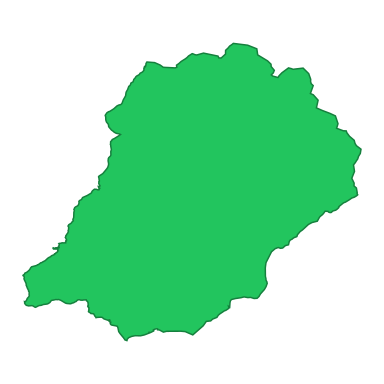 outline of Poienile De Sub Munte, Maramures, Romania
{"feature_id": "2599482B77495367357809", "entity_name": "Poienile De Sub Munte", "entity_type": "district", "adm_level": 2, "iso_a3": "ROU", "parent_name": "Romania", "parent_adm1": "Maramures", "projection": "natural_earth1", "projection_center": [24.455, 47.867], "detail": "fine", "context": "isolated", "style": "filled", "palette": "green", "viewbox_px": 384, "rotation_deg": 0, "n_neighbors": 0, "source": "geoboundaries", "source_scale": "gbopen_adm2", "svg_char_len": 5816}
<svg xmlns="http://www.w3.org/2000/svg" viewBox="0 0 384 384"><path d="M41.3,305.3L43.4,304.5L47.2,304.0L48.2,303.6L49.9,302.5L51.0,300.9L51.9,300.3L53.4,300.1L56.0,299.5L57.1,299.7L58.7,299.5L60.8,300.3L65.5,303.1L66.9,303.5L70.3,303.8L71.8,303.4L72.3,303.0L73.6,302.8L75.0,301.9L76.1,301.5L77.2,300.3L78.2,299.8L79.4,299.7L80.5,300.1L82.3,300.2L83.4,300.0L86.2,299.8L86.5,300.8L87.2,301.2L88.0,302.4L88.2,305.6L87.9,305.8L88.0,306.1L87.8,306.6L88.9,307.8L88.8,310.5L88.5,311.2L88.5,311.7L88.7,311.9L90.6,313.1L90.8,313.5L93.5,313.8L93.9,314.2L94.8,316.0L95.7,317.0L96.0,317.7L97.2,317.4L100.3,317.2L101.9,317.3L102.5,317.6L103.6,318.7L104.8,319.2L108.1,320.3L108.5,320.3L109.0,319.9L109.3,319.8L109.9,320.2L109.1,321.0L109.1,321.3L109.8,321.8L110.7,322.1L110.7,322.5L110.2,323.1L110.3,323.5L110.4,323.9L110.8,324.4L110.9,324.6L111.8,325.1L116.0,325.9L117.3,326.3L117.9,327.6L118.7,331.6L120.0,333.5L123.0,337.2L123.4,337.5L124.1,338.7L124.6,339.2L124.8,339.8L126.8,340.6L127.0,340.6L127.0,339.8L127.3,339.2L128.6,337.7L131.7,336.4L135.1,335.7L140.5,335.8L144.4,334.9L149.4,333.0L148.5,332.0L150.0,332.6L150.8,332.4L153.6,331.0L153.8,330.8L153.7,330.5L153.3,330.0L153.6,329.7L155.1,329.1L157.2,328.7L157.8,329.1L157.7,329.8L159.3,329.9L163.4,332.1L166.6,331.3L180.7,331.2L185.2,331.6L192.8,334.9L203.2,325.8L206.3,321.4L210.7,320.9L212.6,319.1L216.9,317.4L218.3,315.2L219.7,314.0L224.9,310.5L225.6,310.5L228.9,308.3L228.9,308.0L228.5,306.3L229.7,307.1L230.0,302.6L230.5,300.7L231.5,299.5L235.6,298.5L241.0,297.7L244.1,296.9L247.8,297.6L250.6,297.4L254.1,298.5L257.1,298.3L259.0,296.5L260.4,294.0L264.4,289.5L266.0,286.7L267.2,283.4L266.8,281.5L266.2,280.7L266.0,280.0L265.9,278.5L265.4,276.3L265.3,268.0L265.5,266.2L266.0,262.6L271.5,251.8L275.1,248.7L278.2,247.5L280.5,248.3L282.7,248.0L285.4,245.6L288.5,244.8L289.2,241.7L289.7,240.8L290.3,240.0L292.2,239.1L292.9,238.4L294.3,237.5L296.7,236.7L297.0,236.3L297.4,234.8L300.1,231.6L302.4,230.0L308.5,224.4L312.1,222.5L317.3,221.2L319.4,217.4L320.1,216.5L322.4,214.7L323.5,213.5L325.1,211.2L328.1,211.4L328.4,211.9L328.8,212.2L330.1,212.6L331.4,212.4L332.1,211.6L333.1,210.9L335.7,210.2L337.1,209.2L338.6,207.8L338.9,207.3L338.9,206.6L343.6,202.8L345.5,202.1L349.3,199.8L351.7,198.1L354.5,197.1L356.6,195.8L357.7,194.8L357.4,194.4L357.0,193.0L357.2,192.6L356.4,188.0L354.0,185.9L354.1,183.1L351.8,178.3L354.5,171.4L353.5,164.9L355.4,162.5L356.2,161.1L357.7,159.0L358.5,156.4L360.3,153.5L361.0,149.2L356.4,145.7L355.0,143.4L354.2,140.3L349.5,136.3L346.9,132.8L346.2,130.9L343.4,130.8L336.6,128.3L338.0,123.7L335.4,115.9L330.0,113.4L322.6,110.6L316.4,107.9L318.1,100.2L313.3,94.8L310.4,93.5L313.2,85.6L311.2,83.7L310.6,81.5L310.7,79.3L308.7,73.6L303.1,68.1L293.0,69.3L291.6,68.7L288.5,67.9L281.9,72.8L279.1,75.7L278.0,77.5L272.5,76.0L271.3,74.9L273.3,72.9L274.3,70.3L271.2,66.6L271.0,64.2L267.6,60.9L257.7,54.9L256.8,48.8L247.7,45.2L233.3,43.4L232.0,44.5L229.6,46.1L228.0,48.1L225.6,50.3L225.5,54.1L221.2,58.0L218.8,57.9L218.0,56.1L203.5,53.1L196.7,55.0L195.0,54.7L192.6,53.7L192.1,53.7L188.5,56.0L187.1,57.5L185.4,58.8L181.1,61.5L178.8,63.6L176.5,65.2L176.8,67.3L175.2,67.9L163.3,67.3L160.1,65.0L154.6,62.6L146.9,62.0L146.0,63.5L145.9,65.1L145.4,65.7L145.6,66.3L145.0,67.0L144.8,66.6L144.6,66.6L144.5,67.6L144.3,68.0L144.1,67.8L143.8,68.9L144.0,69.9L143.9,70.3L142.5,72.0L140.0,73.3L139.6,74.1L138.8,74.9L136.7,76.0L135.9,76.7L135.2,77.9L133.8,79.4L133.1,81.8L130.9,83.1L130.6,84.2L130.0,85.5L129.3,86.1L128.8,86.3L127.6,89.6L126.4,91.6L126.0,92.8L125.6,95.8L123.3,99.8L122.0,103.4L120.8,104.6L118.9,105.0L117.0,105.9L113.8,108.8L109.9,111.3L108.6,111.7L107.0,112.7L105.4,115.0L105.2,115.6L105.7,116.8L105.8,119.9L106.4,121.9L108.4,124.4L108.4,125.0L108.6,125.5L108.6,126.4L108.8,126.9L111.5,130.1L112.7,130.9L114.2,132.2L116.2,133.3L119.3,133.9L120.5,134.5L119.2,135.5L114.4,138.5L112.3,139.5L112.0,139.9L111.7,140.7L111.0,141.2L110.6,141.8L110.6,143.3L110.4,144.5L110.7,145.1L110.8,146.5L111.4,149.6L110.8,151.5L110.9,155.0L110.4,156.1L108.8,157.6L108.3,158.6L108.1,160.8L108.6,163.8L108.5,164.9L108.0,166.7L107.2,168.3L102.8,173.6L99.0,176.1L98.6,176.6L98.6,177.0L99.0,178.5L99.1,179.8L99.4,180.9L98.9,181.4L98.8,183.7L100.0,185.8L99.9,186.1L99.2,186.5L98.3,186.4L98.8,188.0L99.7,188.3L99.1,189.1L99.1,189.7L98.0,189.9L96.4,189.3L94.4,189.2L92.4,190.9L91.8,191.9L91.6,192.6L90.9,193.3L87.2,195.5L82.7,197.5L82.2,198.2L81.8,199.1L80.9,199.9L79.6,200.5L78.9,201.3L79.0,202.9L78.7,204.2L77.9,205.6L77.5,205.9L75.4,207.0L74.6,207.8L74.3,208.8L73.9,209.3L74.4,210.9L73.9,212.0L73.7,217.4L73.4,218.3L72.9,219.3L73.3,220.8L72.4,221.5L71.3,223.1L68.8,224.7L68.1,225.9L68.3,226.1L68.2,226.6L68.6,227.0L68.7,227.6L68.4,230.1L68.1,230.6L68.3,231.8L67.7,233.1L66.6,234.5L66.4,235.2L65.9,235.5L65.8,236.4L65.3,237.5L65.8,238.2L66.6,239.8L66.6,240.0L65.9,240.5L66.1,241.3L65.6,241.8L65.7,242.8L63.4,242.9L62.0,242.8L61.2,243.2L59.1,243.4L58.8,243.7L59.3,244.1L59.2,245.4L58.4,246.4L58.6,246.9L59.1,247.2L59.1,247.6L55.9,247.8L56.1,248.2L55.8,248.4L54.0,248.2L53.2,247.8L53.0,248.1L53.8,248.6L53.7,249.0L57.9,249.1L57.8,250.0L58.1,250.2L57.7,250.7L57.8,251.4L57.4,251.6L57.0,252.4L56.0,252.8L55.2,253.8L54.6,253.8L54.6,254.1L54.1,254.7L51.8,255.6L51.2,256.0L50.6,256.7L49.2,257.3L47.8,258.2L45.1,260.7L43.1,261.7L41.5,262.7L40.7,262.8L38.5,264.5L37.5,264.8L36.5,265.5L31.6,266.8L30.6,267.9L30.0,269.1L28.9,270.5L26.7,272.3L24.8,273.2L24.4,274.3L23.0,275.3L23.2,275.8L24.0,276.2L24.3,277.4L24.0,278.5L24.2,279.5L25.8,282.8L26.2,284.0L26.2,285.3L26.9,286.8L27.2,287.8L28.6,290.6L28.6,291.3L29.2,292.0L29.1,294.8L29.3,295.3L29.0,296.5L27.2,298.5L26.9,299.5L26.1,300.9L25.1,301.7L24.6,301.6L24.9,302.3L24.6,302.6L24.6,303.1L25.3,304.3L26.3,305.3L28.6,305.9L32.0,305.6L32.9,305.9L35.0,307.2L35.6,307.3L38.9,305.6L41.3,305.3Z" fill="#22c55e" stroke="#15803d" stroke-width="1.5"/></svg>